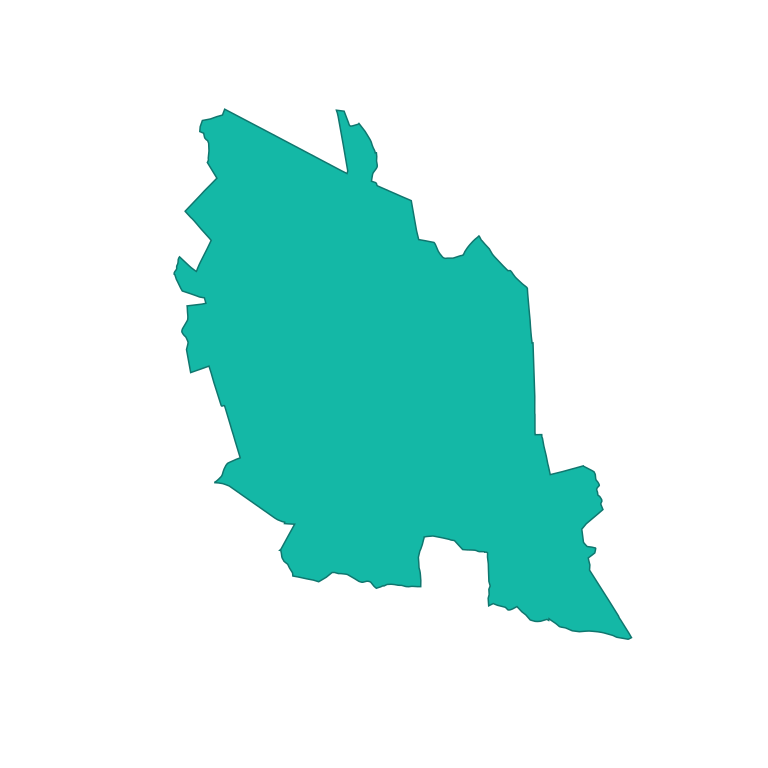 Sannicolau Roman, Bihor, Romania, rotated 257°
{"feature_id": "2599482B50949816567850", "entity_name": "Sannicolau Roman", "entity_type": "district", "adm_level": 2, "iso_a3": "ROU", "parent_name": "Romania", "parent_adm1": "Bihor", "projection": "equal_earth", "projection_center": [21.725, 46.968], "detail": "fine", "context": "isolated", "style": "filled", "palette": "teal", "viewbox_px": 768, "rotation_deg": 257, "n_neighbors": 0, "source": "geoboundaries", "source_scale": "gbopen_adm2", "svg_char_len": 6154}
<svg xmlns="http://www.w3.org/2000/svg" viewBox="0 0 768 768"><g transform="rotate(257 384 384)"><path d="M506.9,509.8L505.9,508.1L504.6,505.4L503.0,502.7L500.8,499.5L499.3,497.5L497.9,495.8L495.0,492.7L492.3,490.6L492.3,490.3L491.8,490.0L491.7,489.3L491.8,487.4L491.1,479.6L492.3,474.5L492.6,472.2L492.8,471.5L493.3,470.8L493.8,470.2L494.5,469.6L495.3,469.2L496.6,468.6L498.2,467.8L499.8,467.2L501.3,466.7L507.0,465.7L508.6,465.4L510.0,464.9L510.7,464.5L514.5,456.0L516.9,450.3L526.1,450.2L535.9,450.7L556.5,451.8L558.0,449.8L562.9,443.1L575.9,425.7L578.6,422.1L579.2,421.8L580.7,421.8L581.8,421.4L582.2,421.0L584.4,417.4L587.2,418.5L590.5,419.9L591.3,420.3L591.8,420.6L592.8,421.6L595.6,424.9L597.0,426.1L598.0,426.5L599.4,426.7L603.0,426.9L607.2,428.1L611.0,428.6L611.2,427.4L612.3,427.5L613.8,427.3L616.7,426.6L619.6,426.2L622.6,426.0L624.6,425.6L626.6,425.0L634.4,422.4L643.5,418.2L643.1,417.7L642.9,416.9L642.6,411.4L642.7,409.9L642.7,409.5L643.3,408.9L643.9,408.6L644.4,408.4L644.9,408.3L646.5,408.2L658.8,406.5L661.5,399.2L661.0,399.2L660.4,399.3L658.8,399.5L655.0,399.5L626.1,398.1L599.7,396.6L597.4,395.3L601.8,390.0L650.5,333.7L687.6,290.6L682.4,287.1L682.1,281.1L681.3,274.5L681.6,266.3L676.4,263.0L676.1,262.8L671.4,261.3L668.9,264.7L665.1,264.6L663.8,264.8L662.0,265.8L660.8,266.9L658.0,267.3L651.0,266.0L650.2,265.8L643.7,263.6L641.8,263.3L640.2,262.3L639.6,261.7L622.1,267.5L621.7,266.8L616.9,259.3L612.7,252.6L608.7,246.7L597.1,229.1L596.8,229.1L596.1,229.6L593.9,230.8L589.7,233.2L588.3,234.2L585.7,235.7L577.4,240.0L576.2,240.6L565.2,246.7L562.8,247.9L555.8,242.3L544.9,233.2L541.9,230.8L538.2,228.1L536.5,227.0L535.9,226.4L537.6,224.9L540.6,222.4L542.7,220.9L553.9,213.4L553.2,212.6L552.2,211.9L551.6,211.5L549.2,210.8L548.0,210.3L547.4,210.0L545.9,208.8L545.1,208.4L544.4,208.2L543.4,208.1L542.5,207.6L541.9,207.0L541.3,206.3L540.4,205.3L539.5,204.6L538.2,204.2L537.5,204.8L534.2,205.1L532.8,205.2L530.4,205.8L522.9,207.5L520.0,208.4L515.3,216.1L512.5,220.5L510.3,223.8L509.0,226.8L508.4,228.4L502.7,228.6L502.8,224.4L504.4,209.7L503.2,209.6L498.2,208.7L494.6,208.2L493.1,207.9L491.8,207.5L490.7,207.1L489.6,206.2L486.2,203.0L483.8,200.7L482.9,199.9L482.0,199.4L481.2,199.0L480.4,198.8L480.0,198.8L479.3,199.0L477.7,199.5L476.9,199.9L475.9,200.4L475.4,200.8L474.5,201.4L473.5,201.7L470.4,202.3L469.0,202.5L468.1,202.3L467.1,201.9L465.5,201.1L462.0,199.3L438.6,198.2L440.8,217.5L433.1,218.1L423.3,218.6L407.4,219.9L399.9,220.5L399.5,220.6L399.1,220.8L399.0,221.1L398.9,221.8L399.0,222.7L399.0,223.2L398.8,223.6L398.6,223.7L396.8,223.9L378.2,225.1L374.4,225.3L367.6,225.8L362.1,226.1L344.4,227.3L343.8,222.8L343.3,220.4L342.5,216.2L342.0,214.0L341.5,213.1L341.3,213.0L340.3,211.7L337.3,209.2L335.0,207.7L332.3,206.2L331.0,205.2L330.4,204.5L328.5,201.5L327.0,198.8L326.5,197.2L325.9,197.0L324.8,200.6L323.2,204.5L321.6,207.1L319.4,210.3L277.8,247.6L275.7,249.8L272.9,253.8L271.7,256.2L270.4,255.6L269.3,259.1L267.5,265.4L254.3,253.6L246.3,246.5L245.4,245.0L245.0,246.0L242.1,245.9L239.0,245.6L237.7,245.6L236.3,245.9L235.3,246.3L234.1,246.5L232.9,247.3L230.9,248.9L230.1,249.6L226.1,250.5L220.5,252.4L217.4,252.0L215.4,256.7L211.4,265.2L208.8,271.1L206.0,275.9L208.7,284.3L212.0,291.0L211.5,293.4L209.5,297.0L208.9,299.5L207.2,304.3L206.6,305.5L201.1,311.4L197.3,315.2L196.0,317.4L195.7,318.3L195.6,318.9L195.7,322.8L195.4,324.0L195.0,324.9L194.3,326.1L193.7,326.6L191.8,327.5L189.3,328.7L187.7,329.8L186.7,330.6L187.0,333.8L187.0,334.5L187.3,336.2L187.7,337.8L187.2,338.4L188.0,341.9L187.3,345.9L186.3,348.9L184.7,352.6L183.8,356.0L182.0,359.2L181.6,360.1L180.9,362.5L180.6,365.6L180.1,367.4L179.0,371.1L178.3,374.2L184.4,375.7L186.5,376.0L188.9,376.4L191.8,376.8L194.1,376.9L197.1,376.8L202.2,377.7L207.4,378.5L213.1,381.3L215.2,382.9L216.2,383.5L218.9,385.2L223.2,387.4L224.8,388.3L225.9,388.7L225.8,391.2L224.9,397.5L223.3,401.1L220.7,406.9L218.0,412.5L216.9,414.2L215.6,417.4L205.0,423.4L203.6,427.9L202.4,432.5L201.7,434.9L201.0,436.4L199.8,438.0L199.2,439.2L198.2,443.5L197.9,444.2L197.5,444.2L197.2,445.8L196.7,446.5L196.1,446.9L195.6,446.8L192.1,445.9L185.4,445.2L180.0,444.1L168.1,441.8L163.3,442.0L160.4,440.0L155.2,439.1L151.8,437.3L144.3,436.1L145.5,441.0L142.9,444.7L139.2,451.9L138.1,452.7L136.9,453.4L136.0,454.0L135.7,454.9L135.6,455.7L135.6,456.5L135.8,458.1L136.0,459.0L137.2,463.5L131.0,467.1L130.6,467.4L127.2,470.2L121.2,473.4L120.5,474.6L118.7,477.9L118.0,480.4L117.6,483.2L118.0,489.5L117.9,489.9L116.6,491.3L118.2,492.0L117.0,492.9L115.9,493.9L112.0,497.5L110.3,498.8L108.5,500.1L108.0,500.6L107.2,502.1L105.6,505.9L101.2,511.9L98.7,518.6L97.8,524.8L97.2,528.2L96.1,531.7L94.5,536.5L93.1,540.0L91.9,542.5L89.7,546.5L87.8,550.0L87.2,550.9L85.7,552.7L84.8,554.0L82.2,560.2L80.5,564.2L80.4,564.9L81.2,568.1L85.8,566.7L100.6,561.6L103.2,560.6L105.2,560.3L122.4,554.4L156.4,542.4L161.4,543.9L166.2,543.8L168.6,543.9L170.6,548.5L172.0,551.4L172.6,551.7L174.7,552.7L176.0,553.2L176.3,553.3L176.7,553.1L177.2,552.0L178.2,550.0L178.6,549.0L179.4,546.8L179.8,545.8L180.2,545.2L183.5,543.4L184.8,542.8L185.3,542.8L195.2,543.8L197.6,544.0L198.2,544.2L199.6,546.1L202.3,549.6L208.1,560.9L211.5,567.4L212.4,569.1L216.8,568.4L218.4,568.2L218.9,568.5L220.9,570.0L221.6,570.0L222.4,570.1L225.4,569.1L226.1,568.7L227.7,567.4L230.5,567.7L231.3,567.6L231.9,567.5L232.3,567.5L233.4,567.5L233.8,567.6L234.5,568.1L235.1,568.8L235.8,569.7L236.4,570.7L236.9,571.0L237.5,571.0L238.7,570.8L240.2,570.3L241.2,569.9L242.3,569.2L243.4,569.0L244.3,569.0L247.4,569.4L248.0,569.5L249.1,569.4L250.6,569.0L251.2,568.9L251.5,568.6L253.1,566.9L259.0,559.9L259.4,559.8L258.5,538.5L258.3,525.6L268.1,525.7L268.6,525.6L277.5,525.9L287.5,525.8L295.6,526.2L296.8,525.9L299.2,526.3L300.6,519.9L302.9,520.2L320.3,524.2L321.6,524.3L337.9,528.1L389.9,538.3L390.6,538.4L390.6,537.5L397.0,538.2L402.1,538.9L407.4,539.7L412.8,540.6L420.3,541.6L433.2,543.4L440.2,544.4L445.0,545.2L446.1,544.8L450.5,541.3L456.9,537.0L458.7,535.9L462.4,534.3L464.3,533.6L465.6,532.9L466.1,532.5L466.6,530.2L472.2,526.7L483.3,520.2L486.1,518.8L492.0,517.0L497.4,513.9L501.6,511.7L502.2,511.2L506.1,510.2L506.9,509.8Z" fill="#14b8a6" stroke="#0f766e" stroke-width="1.5"/></g></svg>